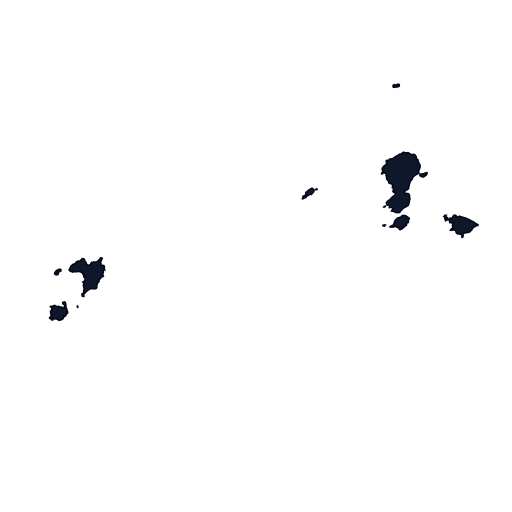 Taboga, Panama (orthographic projection), rotated 60°
{"feature_id": "35544464B74789014027071", "entity_name": "Taboga", "entity_type": "district", "adm_level": 2, "iso_a3": "PAN", "parent_name": "Panama", "parent_adm1": "", "projection": "orthographic", "projection_center": [-79.568, 8.692], "detail": "fine", "context": "isolated", "style": "filled", "palette": "ink", "viewbox_px": 512, "rotation_deg": 60, "n_neighbors": 0, "source": "geoboundaries", "source_scale": "gbopen_adm2", "svg_char_len": 6010}
<svg xmlns="http://www.w3.org/2000/svg" viewBox="0 0 512 512"><g transform="rotate(60 256 256)"><path d="M252.7,68.4L249.5,67.5L247.4,67.9L247.0,68.3L247.0,69.1L246.3,69.6L245.9,70.6L244.7,71.5L242.5,72.5L241.7,74.6L239.8,76.4L240.1,79.5L239.5,81.1L239.8,82.7L239.6,85.4L240.0,89.1L238.8,92.0L239.5,93.1L238.4,95.2L238.8,95.9L240.3,96.0L241.9,97.8L242.1,100.9L242.7,101.6L243.0,102.5L244.4,103.7L245.6,103.3L246.2,103.5L246.6,104.8L247.2,105.9L247.7,106.2L248.1,105.4L247.5,104.2L249.2,102.4L250.3,101.7L251.0,102.2L251.0,103.1L251.9,103.1L254.7,104.4L258.0,103.8L259.0,104.5L259.6,103.8L260.3,103.7L261.6,102.3L262.1,102.1L264.4,103.2L264.9,103.8L265.6,103.2L267.8,104.0L268.2,105.0L268.4,105.2L269.6,105.0L269.5,103.8L270.0,103.7L270.9,104.3L272.1,104.4L272.9,105.8L272.9,108.2L274.2,112.3L274.1,113.6L274.8,116.4L276.6,117.0L277.6,116.9L278.7,115.5L279.4,115.2L280.0,115.5L280.4,116.3L280.8,116.4L281.6,114.4L282.7,113.6L283.4,113.9L284.8,116.2L286.2,114.4L287.9,113.5L288.8,112.6L290.1,110.0L290.1,109.5L289.4,108.7L289.1,107.1L288.3,104.9L288.4,99.3L288.0,98.2L283.2,93.9L282.1,93.7L280.5,92.8L279.0,92.6L278.0,93.0L276.1,95.7L275.7,96.0L275.4,95.8L274.2,94.6L274.1,90.9L273.8,90.0L272.6,89.2L272.0,88.4L271.3,88.0L268.4,85.0L267.9,82.8L266.3,80.9L265.9,79.7L265.6,77.5L265.7,73.5L263.5,72.5L261.4,69.6L260.5,69.3L259.5,68.4L257.5,68.5L256.2,68.3L255.1,68.4L253.8,67.6L252.7,68.4ZM186.7,394.2L184.8,394.1L184.0,393.8L181.6,391.1L181.2,390.3L180.6,390.4L180.0,391.2L179.9,391.8L181.0,393.7L180.7,394.5L181.4,395.1L181.3,396.0L181.5,396.7L180.6,398.8L179.9,399.5L180.0,400.9L179.3,401.4L179.6,402.3L179.9,402.0L180.2,402.1L180.2,402.7L180.7,403.3L180.4,405.4L179.7,406.2L178.2,406.8L176.8,406.3L174.9,406.9L174.3,406.4L173.0,406.3L172.0,406.8L171.5,407.4L171.5,408.6L172.2,410.3L172.2,411.1L171.5,412.4L171.2,414.5L172.1,416.0L171.9,418.3L171.6,419.1L172.1,420.3L172.2,421.2L173.6,423.3L174.3,423.8L174.3,424.7L175.9,424.7L176.8,424.2L177.1,423.4L178.2,423.0L178.7,421.3L180.1,419.1L180.5,417.6L182.3,415.7L184.1,414.9L186.7,415.0L188.3,415.6L189.7,415.3L190.7,415.6L191.5,416.8L192.2,417.1L192.0,419.1L193.7,418.8L194.3,419.2L195.0,420.3L195.6,420.4L196.2,420.1L196.6,420.7L197.4,420.7L198.0,421.2L198.9,421.5L199.9,422.7L201.1,423.1L201.9,424.2L201.8,425.4L202.0,425.9L202.7,426.0L203.4,426.5L204.1,426.5L205.0,425.3L202.9,424.2L201.7,419.3L201.5,416.1L202.4,414.1L203.1,413.3L204.1,411.5L204.2,410.8L204.1,410.2L203.4,409.3L202.5,409.1L201.6,408.1L200.7,407.6L200.3,406.9L200.2,406.2L199.8,406.3L199.3,405.6L199.6,404.6L198.1,403.8L197.9,402.5L197.1,400.6L197.2,398.2L195.1,397.9L193.8,396.3L191.8,394.9L191.7,394.5L192.3,393.9L191.0,393.7L189.5,392.6L188.0,392.6L188.1,393.7L186.7,394.2ZM340.0,49.7L340.5,48.6L340.2,48.1L338.2,49.0L337.5,49.7L336.9,49.7L336.1,50.3L335.0,50.5L333.7,51.7L330.6,53.4L329.2,54.8L328.3,55.0L327.1,56.4L323.2,59.9L323.1,61.8L322.7,62.6L320.8,62.6L320.3,62.9L319.6,64.5L321.0,66.9L320.7,68.6L320.2,69.1L320.7,69.6L320.6,71.2L320.9,71.2L321.2,70.6L321.6,70.8L322.0,70.5L322.9,71.2L324.1,71.5L324.5,70.4L325.2,70.1L325.5,69.1L325.8,68.8L326.6,69.1L326.7,69.6L327.6,70.5L330.2,71.6L330.2,73.1L330.6,74.3L331.0,74.8L331.7,73.5L331.8,71.7L332.5,71.7L333.8,70.4L334.2,70.2L334.8,70.7L336.1,71.0L337.2,70.7L340.3,67.1L340.4,63.9L342.0,59.3L342.0,58.2L341.4,57.7L341.6,56.5L341.0,56.1L340.4,54.2L339.7,53.1L340.1,51.7L340.0,49.7ZM202.3,444.6L200.1,444.5L199.5,446.7L201.0,447.1L203.1,446.1L204.2,447.5L205.4,448.3L202.9,450.0L202.5,451.0L200.8,452.1L200.8,453.1L200.5,453.5L197.9,455.3L197.8,457.6L197.0,458.7L196.9,459.4L197.2,459.5L197.7,458.7L198.2,458.9L198.9,458.7L200.4,460.0L201.4,461.8L202.4,462.1L202.8,462.5L203.6,462.4L205.6,463.6L205.9,464.2L206.8,464.4L207.3,463.3L208.3,462.6L209.0,462.6L210.0,461.8L210.1,461.0L211.3,459.8L213.2,458.9L213.3,458.0L213.9,457.2L213.5,456.2L214.0,455.7L213.7,454.2L213.2,453.9L212.9,453.1L212.0,452.7L212.7,452.2L212.6,450.6L211.6,449.3L210.8,449.0L210.9,448.7L211.3,448.4L211.4,447.9L210.6,447.2L210.0,446.9L209.1,447.1L207.8,446.4L205.4,446.2L202.3,444.6ZM305.3,118.1L305.5,115.4L304.5,111.1L304.7,110.5L302.8,108.8L303.2,107.6L303.1,107.1L300.8,106.0L300.5,104.7L300.0,104.3L296.1,106.1L295.2,107.0L294.3,108.5L294.2,109.7L294.7,111.2L293.9,114.4L294.5,117.2L295.0,118.2L297.8,121.4L297.5,125.3L297.8,125.5L298.2,125.2L299.8,122.3L299.8,121.2L300.3,120.1L301.9,119.5L303.2,118.1L304.8,118.5L305.3,118.1ZM230.4,177.1L229.3,174.0L228.5,173.1L227.5,172.8L226.3,173.0L225.7,173.2L225.2,173.9L225.0,175.1L225.6,176.3L225.1,177.5L225.5,178.3L225.9,181.1L226.3,181.5L227.5,181.8L228.1,184.1L227.6,185.3L228.7,186.1L229.6,187.2L230.0,186.7L229.9,185.5L230.3,183.8L229.7,182.3L229.6,180.2L229.8,177.2L230.4,177.1ZM268.3,73.9L269.8,73.2L271.2,71.8L271.3,70.2L271.0,67.9L270.3,66.8L269.3,66.2L268.8,67.0L268.7,68.8L268.0,71.2L267.2,72.5L267.3,73.2L268.3,73.9ZM170.2,433.0L170.2,432.7L171.2,432.3L170.6,431.8L169.9,431.9L169.2,432.6L168.8,435.0L169.1,437.2L170.0,438.8L170.8,439.4L171.5,438.7L172.3,438.7L173.1,436.9L172.0,435.7L171.1,435.8L171.5,434.9L171.0,434.0L171.3,433.6L170.9,432.9L170.2,433.0ZM178.7,52.6L180.5,48.5L180.6,47.1L179.6,46.3L179.0,46.2L178.1,47.2L177.9,49.6L176.7,50.4L176.8,52.1L178.0,52.7L178.7,52.6ZM320.4,71.6L320.0,71.2L319.2,71.0L318.8,71.6L318.2,71.2L317.1,71.7L316.9,72.5L317.2,73.6L318.3,73.9L319.1,73.0L319.5,74.1L320.2,74.3L320.4,73.8L320.4,71.6ZM343.2,67.7L341.9,66.2L341.3,66.3L340.8,67.0L340.9,67.6L341.7,67.7L342.4,68.4L343.0,68.1L343.2,67.7ZM293.1,131.0L294.4,130.1L293.9,128.4L293.5,128.7L293.0,130.0L292.8,130.8L293.1,131.0ZM206.3,465.8L207.7,465.5L207.8,464.5L206.7,464.7L206.1,465.5L206.3,465.8ZM315.6,73.1L316.0,71.9L315.8,71.0L315.1,71.9L315.6,73.1ZM229.1,169.9L228.8,169.6L227.9,170.1L228.4,171.3L229.1,169.9ZM209.8,463.8L209.3,463.5L208.4,464.0L208.8,464.5L209.5,464.7L209.8,463.8ZM277.4,120.9L277.8,120.5L277.9,119.8L277.8,119.2L277.5,119.0L277.1,120.3L277.4,120.9ZM211.4,436.0L210.2,435.5L209.9,435.7L210.1,435.9L211.3,436.3L211.4,436.0Z" fill="#0f172a" stroke="#020617" stroke-width="1.5"/></g></svg>